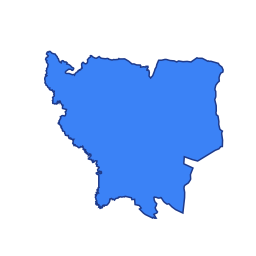 the district of Phrom Phiram, Phitsanulok, Thailand, rotated 13°
{"feature_id": "78962969B88241581512503", "entity_name": "Phrom Phiram", "entity_type": "district", "adm_level": 2, "iso_a3": "THA", "parent_name": "Thailand", "parent_adm1": "Phitsanulok", "projection": "mercator", "projection_center": [100.076, 17.065], "detail": "fine", "context": "isolated", "style": "filled", "palette": "blue", "viewbox_px": 256, "rotation_deg": 13, "n_neighbors": 0, "source": "geoboundaries", "source_scale": "gbopen_adm2", "svg_char_len": 5743}
<svg xmlns="http://www.w3.org/2000/svg" viewBox="0 0 256 256"><g transform="rotate(13 128 128)"><path d="M118.9,212.6L119.5,212.1L119.5,211.6L120.0,211.9L120.5,211.7L120.4,211.2L120.8,211.1L120.7,210.7L121.0,210.4L120.5,210.1L121.2,208.8L122.0,208.6L122.1,209.1L122.5,209.3L122.8,208.5L124.6,208.0L125.2,207.3L126.2,205.2L126.6,203.7L126.4,202.5L126.7,202.1L126.3,201.4L127.6,200.4L128.2,200.5L128.8,201.3L129.7,200.7L131.1,201.3L131.7,199.6L134.2,198.4L134.3,197.6L135.1,197.4L135.7,196.8L137.5,196.7L140.0,195.6L140.2,195.8L140.8,195.2L147.0,195.2L147.9,196.9L150.5,196.0L152.1,201.0L156.5,201.0L158.8,203.0L157.4,204.4L162.3,207.5L164.4,208.4L172.3,210.2L172.7,209.3L174.2,209.9L175.7,209.5L172.6,206.3L175.2,204.3L175.6,203.1L173.7,201.5L172.6,199.9L172.4,199.3L173.0,197.2L173.0,195.3L171.0,194.0L169.7,192.2L168.9,189.8L169.1,189.4L171.2,189.2L173.2,189.5L175.2,188.9L175.5,188.4L176.0,188.4L179.3,191.6L180.7,192.4L183.2,193.4L184.8,192.6L188.6,195.0L192.7,196.8L200.6,198.5L198.8,183.2L197.7,178.0L196.1,174.2L195.9,172.1L196.3,171.0L199.2,167.9L200.5,164.3L200.5,163.5L199.3,159.4L200.3,152.4L190.7,150.4L190.3,149.8L189.3,143.3L197.7,144.3L203.3,144.5L218.0,130.1L221.3,127.8L222.5,125.3L224.1,124.8L222.9,118.6L220.6,112.6L220.4,111.2L220.7,109.8L218.7,109.1L217.7,108.4L215.6,104.1L215.1,101.3L213.1,96.3L212.5,95.7L211.1,95.3L210.2,93.1L210.2,91.6L208.9,86.4L206.1,80.8L206.5,78.1L206.3,76.7L205.2,72.5L204.3,71.5L203.9,70.3L203.9,66.7L205.1,63.7L206.4,61.8L205.4,58.6L205.5,55.8L206.2,53.5L207.8,52.2L207.8,51.4L207.6,50.0L205.8,47.5L202.8,46.1L201.5,44.7L193.7,44.3L192.6,44.7L191.2,44.6L190.9,45.0L184.7,43.4L180.5,44.3L179.4,44.1L174.5,49.5L170.7,49.8L166.7,51.0L162.2,51.3L160.6,52.7L157.9,52.2L153.7,52.8L149.9,52.6L148.5,52.9L145.5,54.4L142.6,55.1L141.8,59.6L141.8,62.4L141.1,64.3L141.0,66.7L140.3,71.5L138.8,74.2L136.8,72.6L136.3,69.1L135.4,67.3L134.6,66.9L133.8,67.5L133.5,67.5L133.3,66.5L133.9,64.3L133.5,63.4L131.7,63.8L131.7,64.6L129.4,64.8L126.6,65.9L126.3,64.3L125.8,64.2L125.7,63.9L122.2,64.6L119.5,64.2L117.5,64.7L113.5,62.7L109.3,61.4L103.9,62.7L103.5,62.4L102.9,63.4L99.8,64.4L98.6,64.5L97.8,65.1L96.8,65.4L93.8,65.3L93.5,64.9L92.4,64.8L90.4,65.6L87.1,66.0L85.7,65.9L83.8,64.9L81.6,67.1L80.1,67.3L77.5,66.6L76.3,65.8L75.4,65.8L75.1,66.0L75.5,66.8L75.4,67.3L74.4,68.2L73.1,70.7L73.7,71.8L73.7,73.6L72.5,75.0L71.0,74.9L69.7,74.1L69.0,74.4L68.4,76.0L68.8,77.7L69.8,79.7L69.3,79.9L69.5,80.4L68.6,81.5L68.6,82.0L67.7,82.1L67.7,82.7L66.8,83.0L66.7,83.6L66.3,83.8L66.4,84.4L65.1,85.5L64.2,87.2L64.0,88.5L63.3,88.0L61.7,88.6L58.3,88.1L55.8,88.7L54.7,88.4L54.4,87.5L54.9,86.4L57.0,84.1L59.2,83.7L60.4,84.4L61.2,84.2L61.8,82.5L61.4,81.8L59.6,81.4L57.9,80.2L55.8,79.4L53.9,79.4L54.0,78.2L52.8,77.6L51.0,77.9L49.8,77.1L49.1,77.1L48.0,78.0L48.2,79.5L47.1,79.3L45.5,78.0L44.6,76.2L43.6,75.6L42.9,74.4L41.3,73.3L40.6,72.4L37.3,72.3L34.8,70.9L33.8,71.2L33.5,72.0L32.5,72.0L32.2,72.5L31.9,74.2L34.1,75.6L33.7,77.0L32.6,77.6L32.2,79.5L32.6,80.2L33.8,80.5L33.6,81.9L35.8,84.0L36.0,87.0L35.3,88.3L35.8,89.6L35.3,90.7L35.9,91.3L36.6,93.0L35.7,94.7L36.0,95.0L37.2,95.2L37.0,95.7L36.0,96.3L35.7,98.1L36.0,99.4L36.9,101.2L36.9,102.7L37.9,103.3L38.5,104.7L39.5,104.8L40.9,106.4L41.5,106.5L42.0,107.0L42.8,106.8L42.7,107.9L43.0,108.2L44.9,108.5L45.5,108.0L46.6,109.3L47.6,108.7L47.9,108.8L47.9,109.6L47.4,110.0L48.4,111.1L48.1,111.9L48.8,112.5L48.9,113.5L48.2,114.0L48.2,114.7L47.7,115.2L48.3,116.2L48.6,117.8L48.2,118.2L48.9,119.2L48.8,119.8L49.2,120.9L50.7,120.8L51.4,121.1L52.3,120.3L53.0,120.7L53.7,120.1L53.3,119.4L53.3,117.9L53.9,117.9L55.0,119.0L55.0,118.2L55.3,117.7L55.1,117.2L55.6,117.0L56.2,117.6L56.3,118.5L57.1,118.9L58.7,120.6L59.5,120.5L59.4,122.2L59.8,123.7L63.9,123.8L63.9,125.5L63.2,126.4L64.2,127.9L64.1,130.0L63.2,130.6L61.8,130.5L60.8,130.9L60.2,131.9L59.6,132.1L60.2,133.2L59.9,133.7L60.2,134.1L59.6,135.4L59.6,136.5L59.2,136.7L59.6,137.7L59.3,138.0L59.7,138.4L59.2,138.6L59.6,139.2L59.3,139.5L61.0,140.1L61.7,141.0L62.6,141.2L62.4,142.1L63.0,142.2L63.1,143.1L64.2,143.8L64.3,144.3L64.8,144.7L64.7,145.2L65.2,145.7L66.0,145.6L67.1,146.0L67.6,147.6L68.4,148.3L68.7,149.1L70.7,149.1L71.3,148.7L71.8,149.0L72.0,150.0L72.9,151.3L73.6,151.0L74.2,151.7L74.6,151.5L74.3,150.9L74.5,150.7L75.7,151.7L77.6,151.3L77.0,152.3L77.7,152.8L77.5,154.3L77.9,154.9L77.7,155.5L78.7,156.2L79.3,157.2L79.6,157.0L79.4,156.2L80.4,156.3L80.6,157.1L82.5,157.3L84.4,158.3L85.6,157.8L85.9,156.8L87.1,156.9L87.9,155.9L88.5,156.6L88.5,157.3L89.3,157.9L89.1,158.7L91.4,158.7L91.3,159.3L90.5,159.5L90.5,159.8L91.8,160.8L92.1,160.1L92.4,160.1L92.7,160.6L92.1,161.3L92.9,161.4L93.1,162.2L93.7,162.3L94.0,161.5L94.4,161.5L94.8,162.8L95.6,163.0L95.7,163.8L96.2,163.1L96.4,161.9L97.6,162.0L98.2,163.4L97.5,163.9L97.5,164.8L96.3,166.4L96.4,167.1L98.3,167.2L98.7,166.9L99.1,167.2L99.5,167.0L100.3,168.0L101.2,167.4L101.4,167.8L101.1,168.4L101.1,169.2L101.4,169.5L102.5,168.8L103.5,167.3L105.1,167.1L105.3,167.9L104.9,169.8L105.2,170.6L106.1,170.6L106.0,172.2L108.5,172.7L108.8,173.1L107.7,175.4L108.2,176.5L109.2,177.1L110.0,176.4L110.7,176.9L111.4,176.4L112.0,176.8L112.3,178.0L111.7,178.6L111.0,178.3L110.3,178.5L109.7,178.2L108.0,178.3L107.2,179.0L107.4,179.5L108.4,180.1L110.1,180.2L112.8,192.1L113.1,192.4L112.3,193.3L112.9,194.9L111.8,195.0L111.7,195.4L112.8,196.1L113.0,197.0L113.9,198.0L113.4,198.2L112.1,197.5L111.6,197.9L112.6,199.4L112.4,199.8L111.3,200.2L111.4,200.7L112.3,201.1L111.7,202.7L112.6,203.9L112.9,204.9L114.0,206.1L114.0,206.5L113.2,207.0L113.6,207.8L113.6,208.6L114.1,208.6L114.5,207.8L115.1,208.4L115.1,209.0L114.2,209.3L114.1,209.7L115.2,210.0L115.6,209.5L116.7,209.3L116.7,210.1L117.3,210.4L117.3,211.3L118.1,210.5L118.4,210.6L118.5,211.1L118.0,211.8L118.9,212.6Z" fill="#3b82f6" stroke="#1e3a8a" stroke-width="1.5"/></g></svg>